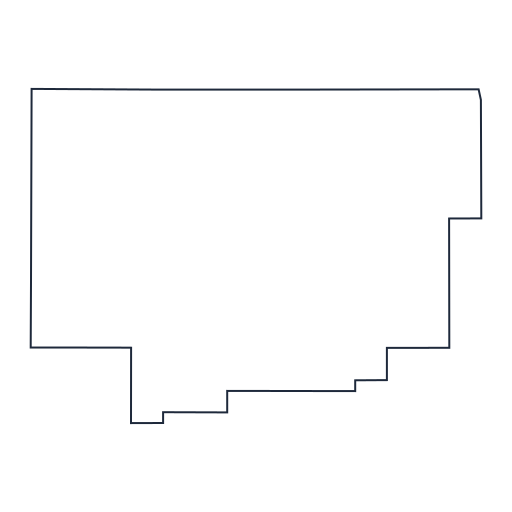 Comanche, Oklahoma, United States of America (orthographic projection)
{"feature_id": "52423323B36141291253557", "entity_name": "Comanche", "entity_type": "district", "adm_level": 2, "iso_a3": "USA", "parent_name": "United States of America", "parent_adm1": "Oklahoma", "projection": "orthographic", "projection_center": [-98.458, 34.631], "detail": "fine", "context": "isolated", "style": "outline", "palette": "slate", "viewbox_px": 512, "rotation_deg": 0, "n_neighbors": 0, "source": "geoboundaries", "source_scale": "gbopen_adm2", "svg_char_len": 393}
<svg xmlns="http://www.w3.org/2000/svg" viewBox="0 0 512 512"><path d="M157.4,89.6L31.6,88.9L31.0,282.8L30.7,347.5L116.7,347.6L131.1,347.7L131.0,423.1L163.1,423.0L163.1,412.2L227.2,412.4L227.2,390.9L355.2,391.1L355.2,380.3L386.9,380.1L386.9,347.9L449.3,347.8L449.1,218.5L481.3,218.4L480.9,99.9L478.6,89.3L299.1,89.6L202.7,89.6L157.4,89.6Z" fill="none" stroke="#1e293b" stroke-width="2"/></svg>